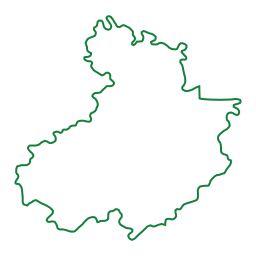 the district of Slutsk, Minsk, Belarus
{"feature_id": "67162791B93573624741448", "entity_name": "Slutsk", "entity_type": "district", "adm_level": 2, "iso_a3": "BLR", "parent_name": "Belarus", "parent_adm1": "Minsk", "projection": "orthographic", "projection_center": [27.567, 53.118], "detail": "fine", "context": "isolated", "style": "outline", "palette": "green", "viewbox_px": 256, "rotation_deg": 0, "n_neighbors": 0, "source": "geoboundaries", "source_scale": "gbopen_adm2", "svg_char_len": 5698}
<svg xmlns="http://www.w3.org/2000/svg" viewBox="0 0 256 256"><path d="M27.3,205.5L28.9,203.7L32.1,202.0L33.5,200.8L35.3,200.3L36.3,200.2L40.1,202.5L42.0,203.6L44.6,204.6L46.7,205.7L49.2,207.2L51.3,208.8L53.0,210.9L52.8,212.8L51.9,214.1L50.2,215.8L48.6,217.2L46.9,219.2L46.8,220.4L47.6,221.6L48.9,221.9L50.2,221.8L51.0,221.5L53.0,221.4L54.8,221.9L56.3,224.2L57.0,225.9L57.5,228.0L58.5,229.0L59.9,229.4L63.1,229.4L66.8,230.3L68.0,230.8L69.6,231.3L71.2,231.6L73.9,231.6L75.5,230.7L77.4,228.9L78.7,227.5L82.3,224.5L84.5,221.8L86.1,220.2L88.2,218.4L90.3,217.6L92.3,217.1L94.5,217.2L95.8,218.2L96.8,220.2L97.1,221.7L97.8,222.2L99.6,221.5L100.7,221.0L105.5,220.7L106.9,220.1L108.1,218.9L108.2,217.4L108.3,214.9L108.5,213.1L109.9,211.5L112.5,211.0L113.9,210.5L115.5,209.3L116.9,209.2L118.8,210.1L120.1,212.7L121.5,214.1L121.8,215.6L121.6,217.2L120.2,218.9L119.3,220.4L119.2,222.2L120.2,224.3L121.6,225.4L125.9,227.8L127.4,228.2L129.4,228.4L130.9,228.7L132.4,229.8L132.4,230.9L131.6,232.4L130.2,233.2L128.8,234.5L128.3,235.5L128.3,236.3L129.1,237.9L130.2,239.1L132.2,239.8L134.0,239.0L135.4,238.0L137.6,235.7L140.2,233.3L143.2,230.7L147.2,226.6L149.5,225.6L150.7,225.4L152.2,226.1L153.4,226.5L154.9,226.3L158.8,224.7L161.5,224.0L165.2,224.9L165.4,221.6L165.9,219.7L167.3,218.9L169.7,218.9L172.2,219.5L173.9,218.9L175.5,217.5L176.2,215.9L175.8,213.8L175.5,212.3L175.5,210.2L176.9,209.1L178.4,209.3L179.9,209.3L181.1,208.2L183.4,204.8L186.5,203.4L192.2,201.7L195.0,200.7L196.8,199.9L197.7,198.4L198.0,196.3L197.8,190.0L198.6,188.1L200.1,186.5L203.3,185.9L208.5,185.6L209.9,183.0L210.5,180.9L212.1,178.9L213.7,177.3L215.2,176.0L216.9,175.1L219.4,174.8L222.2,173.7L224.4,173.2L225.4,171.6L226.3,169.8L228.0,167.5L229.8,165.4L230.6,163.7L231.0,161.9L230.8,160.4L228.7,159.6L228.0,158.6L227.5,156.5L226.9,155.2L225.3,154.6L223.9,154.3L221.8,153.0L221.0,151.1L221.0,148.0L220.7,144.4L219.9,142.2L218.7,140.9L218.0,138.4L218.3,136.2L220.0,134.0L221.9,132.5L223.5,131.1L225.4,129.9L227.1,129.0L228.9,127.1L229.7,125.7L229.5,124.1L228.7,121.4L227.3,120.4L226.6,118.1L226.8,115.9L227.7,113.7L229.2,112.8L230.9,112.5L233.1,113.2L234.2,114.0L236.2,114.9L237.9,114.8L239.1,113.2L239.1,111.1L238.3,109.7L237.1,108.5L235.3,107.7L233.6,106.6L233.8,105.0L235.4,104.4L237.6,103.9L240.0,102.9L240.6,101.6L240.1,99.9L237.4,99.1L235.0,99.0L231.5,99.5L220.1,99.8L210.6,99.6L202.0,99.0L199.6,98.4L199.3,86.3L197.1,87.0L192.0,89.7L187.8,91.1L186.9,91.1L185.0,90.8L182.7,89.6L182.2,88.2L182.5,86.6L183.6,85.7L185.2,82.5L185.3,80.1L185.1,77.6L184.5,75.3L183.9,73.1L183.3,70.0L182.9,67.8L182.1,65.0L181.4,64.0L180.3,62.3L180.5,60.3L182.0,59.5L182.9,59.5L184.3,59.7L185.7,59.5L186.3,58.1L186.0,56.9L184.7,55.6L181.6,52.1L181.8,51.0L182.9,50.5L184.5,50.1L185.7,48.9L186.5,47.4L186.5,45.5L184.7,44.0L182.7,43.3L180.8,43.2L179.2,44.5L177.7,47.8L176.8,49.1L175.3,49.4L171.8,49.0L169.2,47.7L167.2,45.7L164.3,43.7L162.1,43.0L160.5,42.8L158.9,43.3L157.4,44.2L155.9,44.4L154.9,44.5L152.1,44.2L151.3,43.3L151.1,42.0L152.2,41.3L154.8,40.2L155.4,39.2L155.7,38.2L155.6,36.6L153.3,34.7L151.9,33.9L149.2,33.3L147.4,32.5L145.2,31.5L143.3,31.1L141.9,32.0L141.6,33.7L142.4,35.0L143.2,36.1L143.4,38.0L142.8,40.2L142.1,41.2L140.2,41.5L137.0,41.6L136.3,42.4L135.8,43.3L134.8,44.4L133.6,45.0L132.3,44.6L132.0,43.6L132.4,42.4L133.3,41.4L134.2,40.5L134.7,39.7L135.1,38.3L134.6,37.1L132.9,35.0L132.9,31.9L132.0,30.5L130.3,28.7L129.0,27.7L125.2,25.7L123.5,25.1L121.6,25.8L120.6,26.7L119.7,27.0L117.7,26.9L116.4,25.7L115.9,24.2L114.6,22.5L113.9,21.2L113.0,19.7L110.9,16.9L109.1,16.2L108.0,16.3L106.5,17.6L106.9,19.3L108.2,20.8L109.0,22.1L110.5,24.3L111.1,25.6L111.2,27.3L110.5,28.6L109.4,29.4L108.3,29.7L106.0,29.1L104.3,27.4L103.5,25.3L103.2,23.5L102.5,21.8L101.6,20.7L98.8,20.6L97.8,21.6L97.4,23.2L97.0,25.4L96.3,26.4L94.2,27.7L93.9,28.7L94.2,30.1L95.1,31.1L95.7,32.2L95.8,33.4L95.4,34.9L94.7,35.9L90.1,37.7L88.2,38.6L86.9,40.2L85.6,42.8L86.0,43.7L86.3,45.4L87.0,47.0L87.1,49.3L87.7,51.1L88.4,51.6L89.7,52.5L91.0,53.1L91.0,54.3L90.6,55.4L89.9,56.1L88.3,56.8L86.8,57.0L85.3,57.1L84.4,57.4L84.3,58.7L84.8,59.7L86.8,60.8L88.4,61.3L90.3,61.2L91.5,61.8L92.2,63.1L91.8,64.3L91.2,65.3L91.2,66.5L92.1,68.0L93.3,69.7L94.4,70.7L99.4,73.8L101.9,75.3L102.9,75.2L104.4,74.3L105.5,73.2L106.6,72.7L108.0,72.7L109.6,73.7L110.2,75.1L110.2,76.5L110.2,78.3L110.5,79.3L111.8,80.3L112.7,81.2L114.0,82.7L114.0,83.6L113.1,85.2L111.8,85.8L110.7,86.1L107.8,86.1L106.3,86.5L104.7,88.2L102.4,90.2L100.5,92.4L97.7,92.9L95.9,93.0L94.7,93.2L93.6,94.0L92.6,95.1L92.4,96.4L93.4,97.6L94.8,98.4L95.8,99.3L96.6,100.7L97.1,101.6L97.5,102.8L97.8,104.0L97.7,105.7L97.1,106.7L96.6,108.0L96.1,109.6L95.1,111.1L93.2,112.4L91.9,112.8L91.1,113.3L90.3,114.7L90.1,116.1L90.4,116.9L91.1,118.7L91.1,119.7L90.6,121.0L89.4,121.7L87.4,121.6L84.3,120.9L82.8,120.7L81.6,120.7L79.6,120.9L78.2,121.3L77.0,122.5L75.8,125.3L74.8,125.6L73.4,125.6L72.2,125.7L70.7,126.2L70.1,126.6L69.0,128.2L68.0,129.0L66.6,129.6L65.2,129.7L64.2,129.6L63.3,129.7L62.7,130.3L62.4,131.5L61.8,132.4L60.4,132.8L59.8,132.7L58.3,131.8L56.6,131.6L55.2,132.0L53.8,132.6L53.5,133.4L53.7,134.4L55.1,136.3L55.7,137.6L55.7,139.5L55.4,140.9L53.3,142.4L51.0,143.0L49.7,143.0L48.5,142.4L47.0,141.4L44.6,140.9L43.2,141.6L41.5,142.4L40.2,143.6L38.4,144.9L36.7,145.3L35.2,145.6L31.7,145.5L29.8,145.6L28.3,146.9L28.0,148.3L28.9,150.1L30.2,151.5L31.8,153.0L33.2,154.6L33.3,156.4L32.2,157.7L30.4,159.0L30.0,160.3L30.2,161.8L29.3,163.6L27.6,164.7L25.9,165.2L21.4,165.2L17.2,166.4L16.3,168.8L16.2,172.3L16.9,173.9L18.0,174.8L18.4,176.5L17.8,178.2L15.7,181.3L15.4,182.9L16.2,183.8L17.6,183.9L19.2,184.2L20.6,185.8L21.5,187.5L22.1,190.5L22.3,193.2L22.7,197.1L22.7,201.9L23.4,204.1L25.2,204.9L27.3,205.5Z" fill="none" stroke="#15803d" stroke-width="2"/></svg>